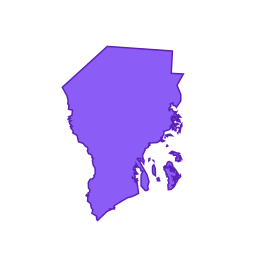 Villarino, Buenos Aires, Argentina, rotated 48°
{"feature_id": "61730980B44606052944654", "entity_name": "Villarino", "entity_type": "district", "adm_level": 2, "iso_a3": "ARG", "parent_name": "Argentina", "parent_adm1": "Buenos Aires", "projection": "natural_earth1", "projection_center": [-62.259, -39.152], "detail": "fine", "context": "isolated", "style": "filled", "palette": "violet", "viewbox_px": 256, "rotation_deg": 48, "n_neighbors": 0, "source": "geoboundaries", "source_scale": "gbopen_adm2", "svg_char_len": 6028}
<svg xmlns="http://www.w3.org/2000/svg" viewBox="0 0 256 256"><g transform="rotate(48 128 128)"><path d="M129.0,63.0L124.9,50.7L116.3,59.3L100.5,43.5L53.5,88.8L53.8,149.6L63.0,151.7L67.7,154.2L69.8,156.7L71.6,156.6L74.3,159.7L77.6,157.3L81.1,161.3L80.0,164.6L82.1,164.5L81.1,166.0L81.6,166.8L84.6,165.5L83.9,167.5L86.4,168.6L87.9,168.0L88.3,169.7L89.5,168.6L89.7,170.5L93.7,170.7L94.6,172.3L99.5,170.8L105.1,174.0L109.4,171.6L113.2,171.9L114.8,171.1L116.7,171.7L117.8,173.5L120.9,174.5L122.2,173.4L125.1,173.5L125.9,174.7L127.3,173.9L128.1,176.1L132.5,178.8L135.8,179.3L140.3,183.2L140.4,185.0L141.9,185.9L141.9,188.9L140.8,190.3L141.8,193.8L146.2,197.6L148.3,197.6L150.0,199.8L149.6,201.3L151.7,202.4L149.8,203.3L150.3,204.4L152.2,203.8L155.3,207.0L159.2,206.4L162.6,208.6L165.1,208.8L167.3,211.9L172.3,210.3L173.2,211.2L174.1,210.4L173.6,210.9L174.9,212.5L176.4,212.4L175.9,199.7L177.2,195.4L176.2,195.6L179.1,192.2L177.8,190.6L178.4,192.9L176.5,190.1L179.4,175.2L181.6,171.0L183.7,164.0L174.4,157.6L173.7,158.6L172.5,158.2L173.8,157.9L173.5,155.8L172.3,156.3L172.5,157.4L172.2,157.9L172.0,156.7L171.4,157.1L172.3,156.0L171.9,155.2L170.6,157.8L170.6,156.7L169.4,156.1L169.1,158.1L167.9,158.3L167.4,157.7L168.8,158.0L169.2,155.4L164.9,153.4L167.6,153.5L168.4,151.8L165.7,152.5L164.9,151.6L162.6,151.8L162.9,151.2L161.3,150.5L160.9,149.2L162.9,148.8L160.2,148.9L162.8,147.9L161.5,147.2L160.3,148.2L161.2,146.9L160.1,145.9L163.6,146.6L165.8,145.7L168.7,147.0L170.1,145.9L171.8,149.8L179.8,157.0L185.9,157.1L187.1,155.8L187.0,153.1L186.8,153.9L184.1,152.0L182.1,148.5L175.5,145.2L161.0,141.9L157.3,141.9L157.8,141.1L157.2,140.8L158.8,139.4L160.3,140.8L162.2,139.8L165.0,140.2L162.8,137.7L160.6,137.2L160.7,137.8L160.3,138.0L160.5,137.1L157.9,135.3L155.9,130.2L154.9,129.4L155.8,125.7L153.9,123.4L156.0,123.8L153.7,121.9L158.3,116.1L159.0,112.7L158.5,113.0L158.5,111.2L157.3,110.0L158.9,108.8L156.9,109.1L157.6,108.6L156.8,105.8L154.5,103.6L157.0,98.0L156.2,95.6L155.1,95.6L155.2,93.8L153.9,93.0L154.7,93.2L155.6,91.6L155.2,90.6L156.4,90.0L154.3,91.0L153.0,88.6L152.2,89.2L152.9,90.9L152.0,90.6L151.6,88.4L150.5,88.7L150.5,90.0L149.7,89.5L150.5,89.1L149.9,87.8L147.9,87.5L150.3,87.2L149.5,84.8L150.6,86.6L151.7,86.7L150.9,85.9L151.2,85.5L152.6,87.2L152.0,85.3L153.7,87.2L153.9,85.7L155.3,87.1L158.4,85.3L156.3,84.1L155.0,85.6L154.8,84.4L153.4,83.8L154.7,82.1L152.3,83.0L153.8,81.6L151.8,81.6L151.6,84.2L150.9,83.0L149.2,83.2L148.6,81.3L148.1,83.6L147.5,82.1L146.1,83.3L143.2,82.6L142.6,84.1L141.8,83.4L142.6,85.6L141.7,85.4L140.6,84.1L140.7,81.8L138.4,80.3L140.0,78.8L139.0,78.4L139.2,77.8L141.6,79.3L143.1,78.0L145.0,78.2L143.1,70.6L138.5,66.4L129.0,63.0ZM189.4,121.5L186.1,120.2L187.0,121.8L186.9,122.7L185.0,123.0L186.3,123.2L186.6,123.6L186.6,123.9L184.1,122.9L184.7,123.7L184.3,126.0L184.0,125.0L182.8,126.2L182.6,128.8L186.3,129.4L188.2,130.8L188.6,130.0L190.3,131.8L191.4,130.8L193.0,131.3L193.4,133.1L196.2,134.4L196.9,136.4L200.8,139.3L202.5,136.9L202.5,133.1L201.2,129.3L201.4,133.2L200.9,133.5L200.5,133.1L200.3,133.6L199.4,133.9L200.4,133.0L201.2,133.2L200.8,129.7L199.8,129.7L199.2,129.0L200.0,129.3L200.2,128.1L200.7,127.9L199.5,125.0L199.3,121.4L198.3,120.7L199.0,122.6L199.0,125.2L198.2,126.3L198.9,128.9L197.4,127.3L196.9,129.4L195.0,126.6L194.0,127.7L193.2,127.5L196.5,125.6L195.4,124.3L196.2,123.2L195.5,123.9L195.3,123.2L196.6,122.0L195.5,121.6L195.0,122.7L194.4,122.7L193.9,122.2L193.6,123.5L193.8,122.1L194.9,122.5L194.8,121.2L190.5,120.6L190.2,122.0L191.6,123.0L191.3,123.5L190.0,121.9L190.3,120.6L189.1,120.5L189.6,121.3L189.5,121.9L188.2,122.4L189.3,122.9L188.3,123.8L189.1,124.9L188.2,125.4L188.8,124.8L187.8,125.0L187.8,123.7L189.1,122.9L188.0,122.4L189.4,121.5ZM187.0,110.7L180.4,107.7L175.8,110.2L177.2,110.7L176.9,111.7L178.7,112.5L180.9,110.0L183.1,111.6L182.2,112.3L184.2,114.5L185.6,113.0L186.6,113.2L187.3,111.4L186.2,112.0L187.0,110.7ZM186.0,120.0L182.9,118.8L180.3,120.0L180.0,121.7L182.2,126.0L180.9,126.0L181.0,127.7L182.2,127.9L182.7,126.0L184.6,123.6L184.0,123.1L184.5,122.2L185.9,122.1L186.7,122.6L186.0,120.0ZM181.8,139.5L176.4,134.9L172.6,133.4L172.8,135.3L177.0,139.2L179.2,140.1L181.8,139.5ZM197.4,126.1L198.8,124.5L197.0,122.7L195.7,124.2L196.8,125.2L195.8,126.9L196.8,128.3L197.1,127.1L198.0,127.2L197.2,126.9L197.4,126.1ZM188.4,139.8L185.4,138.4L184.9,140.2L187.0,141.4L188.4,139.8ZM166.0,92.3L163.1,88.6L161.8,90.1L163.7,90.7L164.3,92.3L166.0,92.3ZM160.5,102.8L163.2,100.4L160.9,100.7L159.5,102.9L160.6,103.8L160.5,102.8ZM175.8,110.4L174.7,111.2L174.5,113.9L176.2,113.1L175.8,110.4ZM159.0,112.4L161.1,111.8L161.9,109.6L158.8,110.8L159.0,112.4ZM186.8,108.9L182.6,107.4L185.6,109.3L186.8,108.9ZM162.6,88.0L162.9,87.0L160.9,85.3L161.5,87.7L162.6,88.0ZM160.2,94.7L158.1,93.5L157.7,95.3L159.5,96.6L158.5,94.8L160.2,94.7ZM165.3,132.1L164.8,132.8L166.3,134.5L166.4,133.7L165.3,132.1ZM167.5,151.4L165.1,151.3L166.7,152.1L167.5,151.4ZM159.5,91.7L157.4,90.8L158.1,92.0L159.5,91.7ZM168.6,110.4L166.9,110.4L167.7,112.2L167.8,110.7L168.6,110.4ZM157.2,91.2L156.0,91.2L157.6,92.1L157.2,91.2ZM162.1,94.2L159.7,94.1L161.7,94.8L162.1,94.2ZM158.5,89.2L157.2,89.4L157.1,90.0L158.2,89.9L158.5,89.2ZM157.2,94.4L157.4,93.1L156.6,94.4L157.2,94.4ZM159.4,105.0L159.3,104.1L159.1,103.9L158.6,105.0L159.4,105.0ZM180.0,107.2L181.2,107.1L181.3,106.8L180.0,107.2ZM200.1,129.3L200.7,128.3L200.6,128.0L200.1,129.3ZM160.7,92.5L160.5,91.7L160.3,92.4L160.7,92.5ZM164.2,150.7L163.3,150.7L162.9,150.7L163.3,151.2L164.1,151.1L164.2,150.7ZM168.9,130.9L169.7,130.9L169.2,130.6L168.9,130.9ZM159.7,105.0L160.4,104.6L159.5,104.1L159.7,105.0ZM162.1,93.7L161.0,93.7L161.0,94.0L162.1,93.7ZM163.9,150.5L163.7,150.1L162.8,150.2L163.9,150.5ZM197.1,121.7L196.4,121.3L196.0,121.5L196.6,121.8L197.1,121.7ZM160.0,107.1L160.6,106.6L159.8,106.9L160.0,107.1ZM158.4,88.4L158.7,87.9L158.0,88.2L158.4,88.4ZM165.1,94.4L164.8,94.0L164.7,94.3L165.1,94.4ZM155.9,92.7L155.7,92.1L155.5,92.5L155.9,92.7ZM156.6,88.6L157.3,88.6L157.3,88.3L156.6,88.6ZM184.5,122.3L185.0,122.3L184.5,122.3Z" fill="#8b5cf6" stroke="#5b21b6" stroke-width="1.5"/></g></svg>